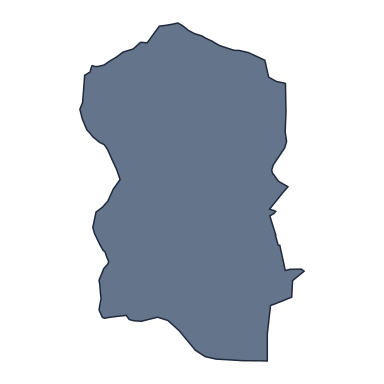 outline of Zalingi, Central Darfur, Sudan
{"feature_id": "16777658B14482741827107", "entity_name": "Zalingi", "entity_type": "district", "adm_level": 2, "iso_a3": "SDN", "parent_name": "Sudan", "parent_adm1": "Central Darfur", "projection": "albers", "projection_center": [23.544, 13.041], "detail": "fine", "context": "isolated", "style": "filled", "palette": "slate", "viewbox_px": 384, "rotation_deg": 0, "n_neighbors": 0, "source": "geoboundaries", "source_scale": "gbopen_adm2", "svg_char_len": 2793}
<svg xmlns="http://www.w3.org/2000/svg" viewBox="0 0 384 384"><path d="M99.4,310.8L102.3,317.3L104.4,318.3L109.2,317.4L117.6,316.3L126.3,315.4L129.2,319.5L133.5,320.7L141.2,321.3L157.6,317.2L167.9,320.5L179.2,330.7L195.4,350.3L205.1,356.6L216.1,359.1L228.8,359.8L242.8,360.7L260.5,360.8L260.8,360.8L265.7,360.9L267.3,361.0L267.3,360.9L267.3,359.4L267.3,348.4L267.3,335.8L267.3,334.6L267.4,333.5L267.4,333.0L267.8,329.2L268.4,324.5L269.2,317.0L270.0,310.2L270.3,307.8L270.3,307.0L270.4,306.4L270.5,306.1L270.5,305.9L270.5,305.5L270.8,305.4L271.8,305.0L274.2,304.2L286.9,299.1L287.3,298.9L289.4,298.1L290.4,297.7L291.0,297.5L291.2,297.4L291.7,297.2L291.7,296.7L291.9,293.9L292.2,287.1L292.6,280.6L299.6,274.9L304.1,271.2L303.9,271.0L303.7,270.9L303.1,270.5L302.8,270.2L302.1,269.8L302.0,269.7L301.6,269.4L301.2,269.1L300.0,269.1L296.4,269.2L290.0,269.3L285.3,270.5L279.8,245.3L278.1,245.0L275.4,235.2L275.8,234.9L275.7,234.8L271.4,221.0L270.9,219.3L269.8,215.8L270.6,215.4L273.7,213.7L275.7,211.4L274.0,210.6L269.6,209.1L271.3,207.0L272.4,205.6L283.3,192.1L288.0,186.8L278.5,181.3L272.4,172.9L271.7,170.3L273.3,164.9L284.7,147.9L286.6,141.3L285.2,132.0L286.0,111.6L285.8,102.3L285.5,85.4L285.5,85.1L285.5,83.5L285.4,83.5L284.8,83.3L284.5,83.2L284.3,83.2L283.8,83.0L283.6,82.9L283.4,82.9L283.0,82.8L281.1,82.4L276.5,81.5L274.9,80.6L272.6,79.4L270.9,78.4L268.7,77.2L267.9,73.9L267.5,72.1L265.7,63.9L264.8,60.2L261.9,58.9L259.5,57.7L255.1,55.7L248.4,52.6L243.7,51.5L239.0,50.4L236.5,50.4L234.0,50.3L230.3,49.1L226.6,47.9L223.2,46.8L219.8,45.6L217.4,44.3L215.0,43.0L213.5,42.1L212.1,41.1L209.8,40.1L207.9,39.2L205.9,38.3L203.9,37.1L201.8,35.9L198.2,34.8L194.6,33.7L191.4,32.0L188.2,30.3L186.5,28.8L184.8,27.4L183.0,26.1L181.2,24.8L179.4,23.9L177.7,23.0L175.5,23.5L173.4,24.0L170.7,24.5L167.9,25.0L163.6,25.6L159.3,26.2L147.2,42.8L140.6,42.3L137.9,44.7L134.7,47.6L133.1,49.0L128.5,50.4L123.0,52.1L116.4,57.1L109.3,61.3L108.6,61.8L104.1,65.0L100.3,65.9L97.9,66.5L96.0,66.5L94.6,66.4L94.3,66.3L94.2,66.3L93.9,66.2L93.4,66.0L93.1,65.9L92.8,65.8L92.2,65.6L91.9,66.0L91.7,66.5L91.5,67.0L91.4,67.2L91.0,68.5L90.6,69.6L90.6,69.9L90.4,70.9L90.4,71.3L90.3,71.7L90.3,71.8L90.2,71.9L90.0,72.0L89.8,72.2L89.4,72.4L86.7,74.1L85.7,74.7L85.1,75.0L84.8,75.2L84.7,75.3L84.6,75.5L84.6,76.0L84.6,76.3L84.3,80.3L84.1,83.3L82.6,102.4L79.9,109.2L79.9,109.4L82.1,118.2L82.5,119.5L86.9,130.0L89.2,132.3L93.0,137.0L99.5,142.3L104.3,144.7L107.6,149.6L112.2,160.0L116.6,169.4L120.1,179.6L113.3,189.1L107.9,201.0L104.2,205.2L103.1,206.7L96.0,212.1L94.1,221.2L92.8,227.4L94.5,233.5L100.0,244.9L103.2,250.5L104.9,251.6L106.9,257.4L108.6,261.3L108.1,263.7L103.8,268.5L100.7,276.2L99.0,280.3L99.8,284.5L100.5,293.9L101.1,298.4L100.1,303.4L99.1,309.2L99.2,310.0L99.4,310.8Z" fill="#64748b" stroke="#1e293b" stroke-width="1.5"/></svg>